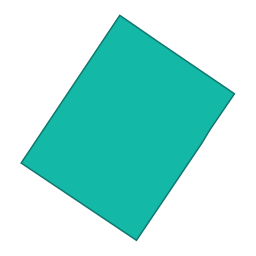 Hanson, South Dakota, United States of America, rotated 34°
{"feature_id": "52423323B35653525387380", "entity_name": "Hanson", "entity_type": "district", "adm_level": 2, "iso_a3": "USA", "parent_name": "United States of America", "parent_adm1": "South Dakota", "projection": "equal_earth", "projection_center": [-97.772, 43.675], "detail": "fine", "context": "isolated", "style": "filled", "palette": "teal", "viewbox_px": 256, "rotation_deg": 34, "n_neighbors": 0, "source": "geoboundaries", "source_scale": "gbopen_adm2", "svg_char_len": 258}
<svg xmlns="http://www.w3.org/2000/svg" viewBox="0 0 256 256"><g transform="rotate(34 128 128)"><path d="M59.0,216.8L197.8,216.4L197.7,99.4L196.9,83.6L197.1,40.1L103.2,39.7L58.2,39.2L59.0,216.8Z" fill="#14b8a6" stroke="#0f766e" stroke-width="1.5"/></g></svg>